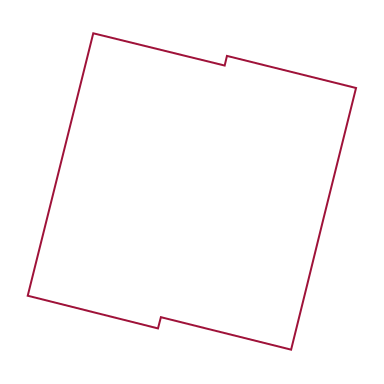 Black Hawk, Iowa, United States of America (orthographic projection), rotated 284°
{"feature_id": "52423323B64138679550373", "entity_name": "Black Hawk", "entity_type": "district", "adm_level": 2, "iso_a3": "USA", "parent_name": "United States of America", "parent_adm1": "Iowa", "projection": "orthographic", "projection_center": [-92.335, 42.47], "detail": "fine", "context": "isolated", "style": "outline", "palette": "rose", "viewbox_px": 384, "rotation_deg": 284, "n_neighbors": 0, "source": "geoboundaries", "source_scale": "gbopen_adm2", "svg_char_len": 314}
<svg xmlns="http://www.w3.org/2000/svg" viewBox="0 0 384 384"><g transform="rotate(284 192 192)"><path d="M51.5,124.9L51.4,192.0L63.0,192.1L63.0,326.3L130.0,326.2L198.0,326.0L332.6,326.0L332.6,324.5L332.5,193.0L322.6,193.1L322.1,57.8L51.6,57.7L51.5,124.9Z" fill="none" stroke="#9f1239" stroke-width="2"/></g></svg>